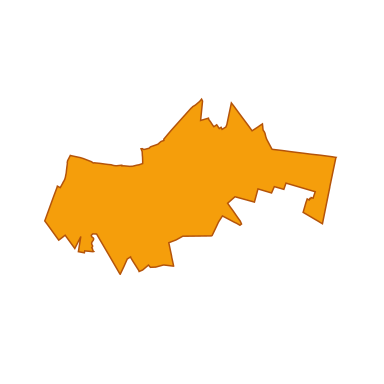 the district of Socodor, Arad, Romania, rotated 241°
{"feature_id": "2599482B92600377447985", "entity_name": "Socodor", "entity_type": "district", "adm_level": 2, "iso_a3": "ROU", "parent_name": "Romania", "parent_adm1": "Arad", "projection": "albers", "projection_center": [21.428, 46.517], "detail": "fine", "context": "isolated", "style": "filled", "palette": "amber", "viewbox_px": 384, "rotation_deg": 241, "n_neighbors": 0, "source": "geoboundaries", "source_scale": "gbopen_adm2", "svg_char_len": 3097}
<svg xmlns="http://www.w3.org/2000/svg" viewBox="0 0 384 384"><g transform="rotate(241 192 192)"><path d="M152.4,334.8L153.3,333.6L154.7,331.9L155.9,330.3L161.9,322.2L167.3,314.5L171.5,308.8L175.7,303.0L179.2,298.2L184.0,291.8L190.4,282.9L190.9,282.7L201.9,282.9L204.4,283.3L208.0,284.3L209.6,284.4L211.7,284.2L213.7,285.0L214.5,285.4L217.4,286.6L217.2,283.8L216.9,281.1L216.4,274.2L222.4,273.5L238.5,271.3L246.4,270.3L250.8,269.6L237.6,258.2L234.1,255.2L232.4,253.1L232.4,252.6L232.2,248.7L234.5,248.8L234.3,246.6L238.8,246.2L238.5,242.8L240.3,242.5L244.5,242.2L246.5,241.9L248.1,241.8L248.2,242.1L248.6,242.2L250.4,234.2L266.4,245.3L268.6,245.4L267.5,242.6L266.4,237.1L266.3,233.8L265.9,233.0L265.8,232.0L263.5,225.3L256.0,203.7L254.2,198.9L251.9,193.0L251.4,192.7L250.7,192.4L251.2,189.4L250.7,187.0L250.4,185.8L250.4,185.0L250.7,183.0L251.6,177.8L251.5,177.0L251.1,176.0L251.1,175.7L252.1,171.7L252.5,170.6L252.8,170.2L253.9,169.7L254.3,168.9L254.5,168.4L251.5,168.0L247.8,166.2L246.6,165.7L242.3,163.5L240.8,162.6L241.5,158.8L242.2,156.8L243.4,152.3L244.0,151.2L244.7,149.8L245.2,149.1L247.6,145.6L249.0,143.2L249.5,143.5L250.2,141.9L251.6,138.5L253.0,136.5L255.1,134.4L256.8,131.9L258.4,129.7L261.5,125.6L264.9,120.7L265.2,119.8L265.5,119.6L267.3,118.7L273.9,113.2L276.3,110.9L277.5,109.5L282.1,104.2L283.0,103.3L282.3,102.3L280.9,100.2L279.7,98.4L278.3,97.2L277.5,96.9L276.4,96.1L274.8,94.9L272.2,93.0L269.6,91.2L267.4,89.3L266.4,88.5L265.2,87.3L264.4,86.4L264.3,86.1L263.7,85.3L262.9,83.8L262.7,83.7L259.7,78.9L260.1,78.6L260.7,78.2L262.4,77.1L261.3,76.0L254.9,68.5L238.6,49.8L238.1,49.2L232.9,49.9L217.7,51.7L214.5,52.1L214.7,53.7L215.7,60.1L199.4,62.1L206.6,72.7L206.5,72.8L194.9,63.7L191.3,68.0L191.0,68.4L192.5,69.6L190.0,73.3L188.1,76.0L187.7,76.8L187.6,77.2L188.3,77.0L188.7,77.0L189.0,77.0L189.8,77.2L190.5,77.4L190.9,77.4L191.4,77.3L191.7,77.4L192.0,77.4L192.3,78.4L192.7,78.7L192.9,78.8L193.0,78.9L193.7,79.0L194.5,78.9L195.1,79.0L196.0,79.5L196.5,80.0L196.9,80.6L197.6,82.1L198.2,82.9L198.7,83.3L199.5,83.4L199.9,83.3L201.0,82.7L202.3,82.7L202.7,82.8L203.0,83.1L203.5,84.9L201.5,88.2L192.0,88.4L175.1,88.8L155.1,89.2L154.9,89.4L159.6,96.0L164.8,102.9L165.0,106.8L164.2,106.6L159.3,106.8L154.4,107.1L149.3,107.4L148.1,107.2L147.9,109.1L147.7,111.0L149.2,118.5L148.8,118.6L146.3,119.1L144.7,122.3L143.9,123.9L142.2,130.9L141.8,132.0L140.3,134.1L138.2,137.0L136.1,139.9L136.1,140.0L140.6,141.4L142.3,141.9L144.0,142.4L145.0,142.7L145.6,143.0L148.5,143.9L152.1,145.0L158.9,147.1L157.8,154.8L157.8,162.5L144.3,187.5L144.2,188.5L149.8,196.4L152.5,200.1L153.1,201.0L156.3,207.0L151.9,209.9L145.1,214.3L142.9,215.9L139.7,217.8L140.0,219.8L143.1,220.1L148.3,219.5L155.5,218.8L160.9,218.1L164.9,217.7L167.0,227.3L152.9,241.7L162.7,251.2L152.6,261.1L156.8,266.6L149.8,273.6L154.2,278.5L132.5,299.9L127.9,294.9L129.4,293.5L128.6,292.5L129.2,291.9L128.2,290.6L130.1,289.4L127.5,286.5L120.3,279.3L116.0,281.9L110.7,285.0L107.8,286.7L106.5,287.5L105.3,288.2L103.2,289.4L101.0,290.7L129.2,314.7L129.8,315.1L152.2,334.4L152.4,334.8Z" fill="#f59e0b" stroke="#b45309" stroke-width="1.5"/></g></svg>